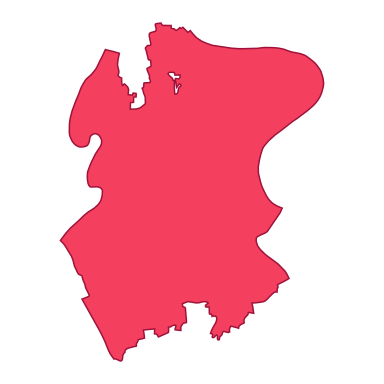 Nam Truc, Nam Định, Vietnam
{"feature_id": "81297802B82332241258399", "entity_name": "Nam Truc", "entity_type": "district", "adm_level": 2, "iso_a3": "VNM", "parent_name": "Vietnam", "parent_adm1": "Nam Định", "projection": "mercator", "projection_center": [106.206, 20.335], "detail": "fine", "context": "isolated", "style": "filled", "palette": "rose", "viewbox_px": 384, "rotation_deg": 0, "n_neighbors": 0, "source": "geoboundaries", "source_scale": "gbopen_adm2", "svg_char_len": 5853}
<svg xmlns="http://www.w3.org/2000/svg" viewBox="0 0 384 384"><path d="M105.4,49.5L102.2,56.5L100.2,60.2L97.6,65.8L95.6,69.4L91.2,74.7L87.2,78.2L85.4,80.1L83.5,83.2L81.1,87.6L78.6,94.3L75.5,101.6L72.0,111.2L70.2,118.3L69.5,123.0L69.4,125.5L69.3,132.6L69.5,134.3L70.0,136.4L71.3,139.5L72.3,141.4L73.9,143.4L75.0,144.5L77.2,146.0L78.8,146.7L80.1,147.0L81.1,147.0L83.8,146.8L86.7,145.9L87.6,145.1L88.7,143.2L89.4,141.1L89.9,137.7L90.4,136.4L91.6,135.2L92.3,134.6L93.3,134.1L94.1,133.8L94.9,133.7L95.9,133.8L97.2,134.2L98.3,134.8L99.9,136.5L101.4,139.4L101.6,140.8L101.6,142.2L101.4,143.9L100.5,146.2L95.4,154.0L91.5,161.9L89.9,165.7L87.9,171.1L87.5,172.6L87.3,176.2L87.4,179.6L88.1,183.6L88.9,185.4L89.8,186.6L90.9,187.0L96.7,186.8L98.4,187.0L100.3,187.8L101.1,188.3L102.1,189.6L102.3,190.4L102.4,191.4L102.2,195.3L101.5,198.2L100.8,200.5L100.1,201.8L98.3,204.5L96.3,206.3L94.5,208.0L88.5,211.8L84.5,215.0L83.3,216.1L79.1,220.2L70.4,228.1L65.7,233.4L60.4,240.5L63.1,243.2L64.3,244.7L65.9,247.1L71.5,256.4L72.9,259.9L74.5,266.2L77.4,272.3L78.3,273.9L78.8,274.3L79.7,274.8L81.2,275.3L82.0,276.0L82.9,279.7L84.9,284.4L85.6,287.7L89.1,294.8L89.3,295.6L89.1,296.0L88.8,296.3L86.7,297.3L82.0,299.1L99.1,329.7L101.6,334.5L104.6,340.7L108.6,350.6L110.2,353.8L112.4,357.0L114.0,359.1L114.6,358.9L116.0,359.0L119.8,360.8L121.1,361.0L121.9,360.4L122.5,358.8L122.9,355.3L123.2,354.5L123.7,353.5L124.9,352.4L125.1,350.5L125.6,349.7L126.9,348.8L128.5,348.1L132.8,346.9L136.3,346.2L136.4,345.8L136.4,343.8L137.8,341.3L138.4,339.6L141.6,338.9L144.5,338.1L144.0,333.8L143.4,330.0L154.6,328.9L154.5,333.9L155.9,333.9L157.0,334.5L158.4,337.0L168.4,332.5L168.7,330.0L168.4,327.2L168.6,327.1L170.2,327.0L170.8,326.8L172.0,325.8L172.8,325.5L175.3,325.2L175.6,325.2L175.9,325.4L175.9,326.2L175.1,328.9L175.1,329.8L180.9,330.5L180.8,327.8L180.9,326.9L182.3,324.4L183.3,323.3L184.3,323.0L186.1,322.7L186.4,322.6L186.5,322.3L186.3,318.3L186.0,316.0L185.4,308.2L185.0,307.4L182.9,306.7L182.7,306.2L182.4,303.7L188.0,301.6L188.7,301.6L189.8,302.0L191.6,302.1L194.5,302.7L196.7,302.9L199.2,302.7L203.2,301.7L204.7,301.6L207.1,302.1L208.1,302.7L208.2,303.1L208.0,303.5L206.8,304.1L206.0,304.8L205.6,305.3L205.4,306.0L205.6,306.6L206.1,307.1L208.8,306.9L209.2,307.2L209.3,313.0L209.5,313.9L209.9,314.2L211.0,314.2L211.6,314.6L212.0,315.7L212.1,316.5L213.7,316.0L215.6,316.3L216.1,316.6L216.4,317.1L216.8,318.6L216.6,320.1L216.0,322.1L215.1,323.9L212.6,328.2L211.5,330.6L210.5,333.5L212.1,333.9L212.6,334.4L212.7,335.1L212.2,336.7L212.4,337.4L212.6,337.6L213.6,337.5L214.3,337.1L215.7,335.6L216.3,335.1L217.0,335.2L217.4,336.0L217.4,338.8L217.7,339.6L218.3,339.9L219.0,339.9L219.4,339.4L219.6,337.4L219.8,337.0L222.0,334.7L222.6,332.5L223.2,331.6L223.8,331.4L226.7,332.2L228.3,332.5L229.6,332.0L229.5,329.7L229.6,328.7L230.6,326.3L232.1,326.4L238.6,328.2L238.8,326.7L239.6,325.6L240.7,324.7L242.1,323.9L243.6,323.3L244.2,322.8L244.0,321.2L244.0,319.9L244.3,319.0L244.8,318.0L245.5,317.1L247.8,314.8L248.4,312.4L253.7,313.3L252.8,307.1L252.0,303.0L254.7,302.9L259.3,302.4L263.8,301.6L265.1,300.9L266.8,299.5L271.9,294.3L274.2,292.4L275.5,291.9L277.1,292.0L277.2,288.6L278.0,287.5L278.0,286.7L277.4,285.0L277.6,284.6L286.2,280.2L289.0,278.5L287.3,274.9L285.2,271.3L278.3,264.2L275.2,261.8L266.6,255.5L264.5,253.7L260.9,250.2L259.6,248.6L257.7,246.0L256.3,241.7L256.2,240.7L256.2,238.5L256.5,237.7L257.3,236.8L259.7,235.4L265.3,232.9L266.2,232.4L267.6,231.1L280.2,212.6L282.2,208.1L277.8,206.4L274.2,204.4L272.0,202.8L269.8,200.6L268.3,198.8L266.3,195.6L263.9,190.8L262.0,186.6L260.6,182.3L258.5,173.6L258.3,170.1L258.3,166.8L259.2,161.1L260.6,155.0L261.8,151.2L262.2,149.8L262.7,148.5L264.2,146.0L268.4,141.0L275.0,135.0L282.0,129.8L292.5,121.5L297.5,118.2L299.5,116.6L307.3,110.8L313.2,105.7L315.7,103.0L317.8,100.3L319.9,96.9L321.5,93.2L323.1,87.4L323.5,85.0L323.6,82.5L322.9,77.7L321.1,71.9L319.8,69.3L316.4,64.6L314.4,62.5L312.2,60.6L306.4,56.2L304.5,55.1L300.1,53.6L291.8,52.0L288.3,50.9L283.8,49.2L278.9,48.2L275.5,47.8L271.6,47.6L265.1,47.5L262.0,47.7L257.9,48.3L243.2,48.7L238.8,48.7L231.6,48.2L212.2,45.3L206.0,43.1L201.5,41.1L196.7,37.9L193.1,34.1L190.3,30.6L187.8,32.4L187.2,31.7L182.9,27.3L181.1,28.5L179.9,27.6L178.6,28.8L176.3,30.4L175.8,30.3L175.3,30.1L174.6,29.1L174.1,28.8L172.4,28.6L171.5,28.3L171.2,27.7L171.1,25.5L162.5,25.4L160.9,23.0L156.7,23.6L155.6,23.9L155.3,24.6L155.3,25.3L156.2,29.1L156.2,29.9L155.8,31.0L155.2,31.3L150.5,32.7L149.7,33.3L149.3,34.0L149.2,35.0L149.4,36.9L150.2,40.9L150.7,43.0L150.7,44.9L150.2,45.4L149.8,45.5L147.6,45.5L145.7,47.5L145.4,48.0L145.5,48.9L146.1,50.2L148.3,59.5L148.7,59.9L150.2,60.0L150.5,60.4L151.0,64.0L151.0,65.8L150.6,66.7L148.6,67.5L147.2,68.4L146.9,68.8L147.4,70.7L149.2,75.0L149.5,76.3L149.3,78.4L150.4,80.5L150.3,82.0L150.0,82.4L149.6,82.6L145.3,82.8L144.2,82.9L143.9,83.1L143.6,87.2L143.3,87.6L142.1,88.2L142.9,90.1L143.6,93.1L144.9,96.1L145.2,97.2L145.4,103.7L141.2,107.1L139.8,108.0L136.2,109.0L130.3,109.2L130.4,104.8L130.5,102.8L130.8,102.5L133.0,102.5L133.6,102.2L133.6,97.3L133.8,97.1L136.1,96.9L136.2,95.6L136.1,93.4L133.2,93.0L132.3,95.1L128.2,94.7L128.6,89.7L128.3,88.3L127.4,86.7L124.7,84.0L124.4,83.9L124.1,84.0L122.8,85.6L122.3,85.4L121.8,83.3L121.6,79.7L121.7,78.1L119.7,77.1L118.0,75.6L118.1,75.0L118.6,73.7L118.8,72.8L118.9,71.1L117.8,66.6L117.6,65.6L117.6,63.5L118.1,59.1L119.4,53.3L114.0,51.7L107.4,50.1L105.4,49.5ZM174.9,75.1L180.2,75.1L180.2,76.2L179.8,77.7L179.0,78.7L178.6,78.9L178.0,78.9L176.2,78.5L175.7,78.5L175.2,79.1L175.2,79.9L175.7,81.4L176.7,87.4L179.5,83.8L180.8,84.9L181.1,85.6L181.0,85.9L179.3,87.3L178.6,88.3L178.4,89.1L178.1,91.2L177.3,93.5L176.7,93.9L174.8,94.1L174.6,92.1L174.4,88.1L174.4,82.2L174.2,80.5L172.9,80.2L172.6,78.7L172.2,78.1L169.4,75.6L168.6,74.7L168.0,73.6L168.8,72.7L169.4,72.3L174.0,72.4L174.5,73.0L174.9,75.1Z" fill="#f43f5e" stroke="#9f1239" stroke-width="1.5"/></svg>